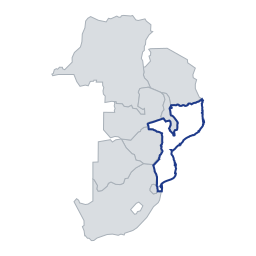 Mozambique highlighted, Mercator projection
{"feature_id": "MOZ", "entity_name": "Mozambique", "entity_type": "country or territory", "adm_level": 0, "iso_a3": "MOZ", "parent_name": "Africa", "parent_adm1": "", "projection": "mercator", "projection_center": [35.316, -18.663], "detail": "fine", "context": "with_neighbors", "style": "outline", "palette": "blue", "viewbox_px": 256, "rotation_deg": 0, "n_neighbors": 8, "source": "natural_earth", "source_scale": "50m", "svg_char_len": 9789}
<svg xmlns="http://www.w3.org/2000/svg" viewBox="0 0 256 256"><path d="M167.2,48.3L187.4,59.7L187.7,62.8L195.3,68.1L192.9,74.7L193.2,77.7L196.6,79.7L195.3,84.3L195.3,88.5L199.3,97.2L201.3,98.3L197.0,101.5L191.2,103.6L188.0,103.5L186.2,105.1L181.1,105.9L174.7,104.4L170.7,104.9L169.2,97.5L166.4,93.5L161.1,92.5L150.4,87.7L147.6,81.0L144.5,78.0L143.4,74.9L144.0,72.1L143.0,67.2L145.2,66.9L150.5,61.1L149.0,56.1L150.5,55.4L150.8,52.3L148.7,49.3L150.6,48.7L167.2,48.3Z" fill="#d9dde1" stroke="#a8b0b8" stroke-width="1"/><path d="M142.7,60.8L144.0,72.1L143.4,74.9L144.5,78.0L147.6,81.0L150.4,87.7L148.3,87.2L139.8,88.7L138.3,92.1L139.5,94.5L137.9,106.3L143.0,109.4L144.5,108.4L144.9,114.3L140.8,114.2L136.7,108.9L132.6,108.2L131.5,105.3L128.2,107.0L124.0,106.3L122.2,103.8L116.3,103.5L116.0,101.8L111.8,101.3L104.9,102.5L105.2,96.1L103.4,94.1L103.0,90.8L103.8,87.5L102.7,85.5L102.6,82.1L96.2,82.1L96.6,80.2L93.9,80.2L93.6,81.2L90.3,81.4L88.2,85.8L85.3,85.1L80.0,86.3L76.8,81.7L73.9,74.5L58.3,74.5L52.7,75.7L51.9,74.1L53.3,73.5L54.3,69.8L56.3,68.7L57.7,69.2L59.5,67.2L62.4,67.3L62.7,68.8L64.7,69.7L72.2,62.1L72.1,57.7L74.4,52.5L80.3,47.2L80.9,45.5L81.9,41.8L82.3,34.0L84.9,27.9L85.7,21.0L87.8,18.3L90.6,16.6L98.4,20.3L106.2,21.9L108.5,18.3L110.9,18.8L116.8,16.1L118.9,17.3L120.7,17.1L121.4,15.8L123.4,15.4L130.8,16.0L132.6,15.5L135.8,19.9L138.2,20.5L145.0,18.9L146.3,21.1L150.9,24.7L150.6,30.9L152.7,31.6L149.0,34.9L145.8,40.1L145.5,44.4L144.3,46.4L144.3,50.4L142.7,51.9L141.3,58.4L142.7,60.8Z" fill="#d9dde1" stroke="#a8b0b8" stroke-width="1"/><path d="M74.0,201.7L76.6,198.7L78.7,200.3L79.6,202.9L85.3,204.5L88.1,204.1L92.9,201.0L92.9,179.0L94.3,179.9L97.5,185.5L97.0,189.1L98.2,191.2L102.0,190.6L107.1,186.2L108.4,183.3L111.0,182.0L115.8,184.3L120.1,184.6L123.5,183.3L125.0,178.6L127.9,178.2L131.2,172.1L136.0,167.8L143.5,163.6L152.8,164.5L156.8,176.7L155.8,183.2L156.3,185.4L153.6,184.3L152.0,184.7L150.1,188.6L150.1,190.7L153.3,193.9L156.4,193.3L157.5,190.6L161.5,190.7L159.6,200.0L158.2,202.7L153.5,206.7L146.8,217.4L137.1,227.6L133.0,230.4L124.8,233.2L124.1,235.0L120.9,234.1L118.3,235.3L112.5,234.1L107.1,234.5L97.1,238.0L93.8,240.5L91.4,240.6L89.2,238.3L87.4,238.2L85.1,235.4L84.8,236.2L84.1,230.8L82.4,226.6L84.1,225.4L84.0,220.6L74.0,201.7ZM142.9,205.8L138.8,202.1L136.3,203.3L130.6,209.6L134.6,214.3L136.5,213.7L137.4,211.7L140.4,210.8L142.9,205.8Z" fill="#d9dde1" stroke="#a8b0b8" stroke-width="1"/><path d="M152.8,164.5L143.5,163.6L140.1,161.0L136.0,160.1L134.4,154.5L132.2,153.9L126.1,147.7L121.4,139.0L130.8,140.1L138.4,131.9L140.3,131.5L140.9,129.6L143.9,127.4L148.0,126.6L148.3,128.7L152.7,128.6L156.3,131.1L158.9,131.5L161.6,133.3L160.6,153.4L158.4,158.0L152.8,164.5Z" fill="#d9dde1" stroke="#a8b0b8" stroke-width="1"/><path d="M143.5,163.6L136.0,167.8L131.2,172.1L127.9,178.2L125.0,178.6L123.5,183.3L120.1,184.6L115.8,184.3L111.0,182.0L108.4,183.3L107.1,186.2L102.0,190.6L98.2,191.2L97.0,189.1L97.5,185.5L94.3,179.9L92.9,179.0L92.9,162.2L98.1,162.0L98.3,141.8L110.4,139.7L112.4,142.0L115.8,139.8L121.4,139.0L126.1,147.7L132.2,153.9L134.4,154.5L136.0,160.1L140.1,161.0L143.5,163.6Z" fill="#d9dde1" stroke="#a8b0b8" stroke-width="1"/><path d="M148.3,87.2L161.1,92.5L163.7,94.9L165.0,99.5L163.0,105.3L164.1,109.8L162.4,111.7L160.8,116.8L163.6,118.2L147.5,122.7L148.0,126.6L143.9,127.4L140.9,129.6L140.3,131.5L138.4,131.9L130.8,140.1L121.4,139.0L118.3,136.8L114.8,136.5L110.5,137.8L103.5,129.8L103.7,112.3L114.7,112.4L114.3,110.5L115.1,108.5L114.2,105.9L114.8,103.3L114.2,101.6L116.0,101.8L116.3,103.5L122.2,103.8L124.0,106.3L128.2,107.0L131.5,105.3L132.6,108.2L136.7,108.9L140.8,114.2L144.9,114.3L144.5,108.4L143.0,109.4L137.9,106.3L139.5,94.5L138.3,92.1L139.8,88.7L141.2,88.1L148.3,87.2Z" fill="#d9dde1" stroke="#a8b0b8" stroke-width="1"/><path d="M161.1,92.5L166.4,93.5L169.2,97.5L170.7,104.9L169.2,109.0L170.7,116.1L172.5,116.0L174.5,117.7L176.7,121.7L177.1,128.8L174.8,129.9L173.2,133.8L169.8,130.3L169.4,126.5L170.5,123.9L170.2,121.7L168.1,120.3L166.6,120.8L160.8,116.8L162.4,111.7L164.1,109.8L163.0,105.3L165.0,99.5L163.7,94.9L161.1,92.5Z" fill="#d9dde1" stroke="#a8b0b8" stroke-width="1"/><path d="M157.5,190.6L156.4,193.3L153.3,193.9L150.1,190.7L150.1,188.6L152.0,184.7L153.6,184.3L156.3,185.4L157.5,190.6Z" fill="#d9dde1" stroke="#a8b0b8" stroke-width="1"/><path d="M153.3,165.3L154.1,164.7L154.8,163.9L155.7,162.9L156.5,162.1L157.2,161.3L158.2,160.3L159.1,159.2L159.3,159.1L159.0,158.1L159.6,157.0L159.7,156.4L159.7,155.7L159.7,155.4L159.9,155.1L160.7,154.6L161.3,153.7L161.7,152.9L162.4,151.6L162.5,151.3L162.5,151.0L162.3,150.5L161.8,149.8L161.5,149.2L161.2,148.2L161.5,147.4L161.6,146.9L161.6,146.6L161.5,146.4L161.2,146.2L160.9,146.0L160.8,145.7L160.8,145.3L161.0,145.1L161.7,144.7L161.8,144.5L161.9,144.3L161.9,144.0L162.1,143.2L162.4,142.4L162.4,142.2L162.2,141.5L162.2,140.9L162.2,139.1L162.3,137.3L162.3,136.3L161.8,135.1L161.8,134.2L162.1,133.6L162.1,133.3L161.9,133.2L161.4,133.2L161.1,133.1L160.5,132.6L159.5,132.2L158.4,131.8L156.8,131.7L155.5,130.5L154.4,130.3L154.1,130.2L153.1,129.5L151.5,129.4L149.8,129.3L148.8,129.3L148.7,129.2L148.6,128.2L148.6,127.4L148.5,126.6L148.4,125.8L148.1,125.4L147.8,124.8L147.7,124.2L147.7,123.9L148.9,123.3L149.4,123.1L150.1,122.8L151.4,122.5L152.5,122.2L153.6,121.8L154.7,121.5L155.1,121.3L155.7,121.1L157.0,120.6L157.4,120.5L158.2,120.2L158.6,120.1L160.1,119.6L161.8,119.0L162.4,118.8L163.5,118.4L163.7,118.6L164.5,119.9L165.1,120.7L165.8,121.5L165.9,121.4L166.1,121.3L166.5,121.2L167.6,121.0L168.0,121.0L168.3,120.8L168.8,120.7L169.5,120.6L170.4,121.6L170.5,122.3L170.7,123.4L170.7,123.9L170.7,124.6L170.6,125.5L170.0,126.5L169.9,126.9L169.6,127.7L169.2,128.1L169.0,128.4L169.1,128.7L169.3,129.0L169.7,129.5L169.9,129.8L169.8,130.1L169.8,130.4L169.9,130.7L170.1,130.9L170.5,131.1L171.0,131.7L171.8,132.5L172.7,133.5L173.1,133.9L173.5,133.9L173.6,134.3L173.5,134.7L173.3,135.0L173.4,135.3L173.5,135.5L174.1,135.6L174.5,135.5L174.6,135.4L174.5,133.8L174.3,132.9L174.0,132.5L173.9,132.4L174.0,132.1L174.3,131.4L174.6,130.7L174.8,130.4L174.9,130.2L176.2,130.0L176.8,129.9L177.0,129.7L177.2,129.1L177.4,127.6L177.4,126.1L177.3,125.3L177.5,124.0L177.8,123.2L177.6,123.1L177.5,122.0L176.7,120.9L175.6,119.4L175.0,118.7L174.4,117.8L173.1,116.4L172.5,115.9L172.2,115.7L171.2,115.5L171.0,115.3L170.7,114.9L170.6,114.1L170.6,113.5L170.5,112.5L170.3,111.1L170.2,110.7L169.9,109.6L169.6,108.6L169.6,108.3L169.7,108.1L170.2,107.4L170.5,106.8L170.7,106.6L171.0,105.8L171.0,105.4L171.2,105.2L172.1,105.2L172.8,105.2L174.0,105.1L175.3,105.2L175.7,105.3L176.0,105.3L176.4,105.2L176.8,104.9L177.2,104.5L177.9,104.5L178.8,104.9L179.3,105.3L179.4,105.7L180.0,105.9L181.1,105.9L181.9,105.7L182.4,105.3L183.0,105.1L183.5,105.1L184.0,105.2L184.3,105.5L184.8,105.8L185.6,105.9L186.5,105.7L187.5,105.2L188.1,104.6L188.2,104.1L188.4,103.7L188.5,103.6L189.1,103.6L189.9,103.5L190.6,103.7L191.6,104.3L192.2,103.9L193.2,103.3L194.2,102.9L195.2,102.9L196.0,102.7L196.6,102.2L197.3,101.9L198.0,101.8L198.6,101.6L199.5,101.1L200.5,100.3L201.4,99.6L202.0,99.1L202.3,99.7L202.8,100.2L202.5,100.5L202.2,100.8L202.7,101.1L202.3,101.7L202.3,102.0L202.5,102.4L202.2,103.0L201.8,103.5L201.7,103.8L202.0,104.5L201.9,105.6L202.2,106.6L202.3,107.1L202.4,107.5L202.2,108.1L202.3,109.2L202.4,109.6L202.2,110.1L202.5,110.3L202.7,110.9L202.6,111.6L202.5,111.9L202.0,112.4L201.9,112.5L201.9,112.8L202.6,112.8L202.6,113.2L202.6,113.5L202.6,114.1L202.5,114.5L202.7,114.9L202.5,115.4L202.5,115.8L202.5,116.3L202.7,117.5L202.7,119.0L202.8,119.3L203.0,119.4L203.4,119.5L203.4,119.9L203.0,120.5L202.9,120.8L203.0,121.3L203.4,120.6L203.7,120.7L203.9,120.9L203.9,121.3L204.0,121.5L203.9,121.8L204.1,122.3L204.0,122.7L203.7,123.0L203.3,123.4L203.2,123.9L203.3,124.2L203.0,124.3L202.9,124.5L203.0,124.9L203.0,125.3L202.5,126.4L201.2,128.0L200.7,128.6L200.2,129.2L200.2,129.5L199.5,130.6L198.8,130.7L198.5,131.0L198.8,131.7L198.3,131.9L197.6,132.5L195.6,133.7L195.2,134.0L194.7,134.7L194.0,134.9L193.7,135.1L193.0,135.2L192.7,135.1L192.3,135.3L191.0,135.8L189.7,136.2L189.4,136.4L189.2,136.7L188.1,137.1L186.4,138.0L185.0,139.0L183.9,139.9L183.7,140.1L183.3,140.4L183.2,140.9L183.1,141.2L182.4,142.2L181.2,143.3L181.0,143.7L180.5,144.3L180.5,144.7L180.1,144.9L179.7,144.5L179.6,145.3L179.3,145.3L179.0,145.1L178.2,145.5L177.6,146.0L176.5,147.0L175.0,148.8L172.8,150.6L172.5,150.7L172.3,150.6L171.6,150.0L171.2,150.0L171.5,150.3L171.7,150.7L171.7,151.3L171.7,152.2L171.4,153.9L171.5,154.3L171.8,154.8L172.4,155.5L172.9,156.2L173.7,158.4L173.7,159.6L174.5,161.0L174.5,161.7L174.8,163.2L174.8,164.5L174.7,165.3L175.1,165.6L175.2,165.3L175.2,164.8L175.3,164.1L175.5,163.7L175.7,164.1L175.9,164.5L175.9,164.8L175.9,165.2L175.6,166.8L175.7,167.5L176.1,168.6L175.7,169.8L175.0,172.9L175.0,173.4L175.2,173.6L175.5,173.7L175.6,173.3L175.8,173.3L175.9,173.5L175.6,174.9L175.4,175.6L174.4,177.1L173.9,177.7L173.0,178.4L171.0,179.4L166.9,180.8L165.2,181.5L164.3,181.9L162.2,183.3L161.3,184.2L161.0,185.2L160.6,185.7L160.3,186.3L160.6,186.8L160.9,187.2L161.2,187.5L161.4,187.7L161.6,187.9L161.9,187.0L162.0,186.8L162.1,187.8L161.8,191.2L161.8,191.3L161.2,191.3L160.2,191.3L159.7,191.4L159.0,191.4L158.2,191.2L157.7,191.3L157.7,189.4L157.5,188.9L157.4,188.3L157.3,187.9L157.4,187.5L157.5,186.9L157.4,186.4L157.0,186.1L156.8,186.0L156.7,185.6L156.7,184.9L157.0,184.1L157.0,182.5L157.0,181.9L157.0,180.8L157.0,179.5L157.0,178.3L157.0,177.2L156.9,176.8L156.9,176.5L156.6,175.9L156.4,174.8L156.1,173.9L155.7,173.4L155.5,173.1L155.4,172.7L155.0,172.0L154.7,171.6L154.6,171.2L154.6,170.4L154.3,168.9L154.0,167.8L153.7,166.6L153.4,165.8L153.4,165.6L153.3,165.3ZM171.6,108.1L171.7,107.9L171.7,107.6L171.3,107.5L171.2,108.0L171.4,108.1L171.6,108.1ZM171.1,107.5L171.0,107.4L170.9,107.3L170.7,107.4L170.6,107.6L170.8,107.8L171.0,107.8L171.1,107.5Z" fill="none" stroke="#1e3a8a" stroke-width="2"/></svg>